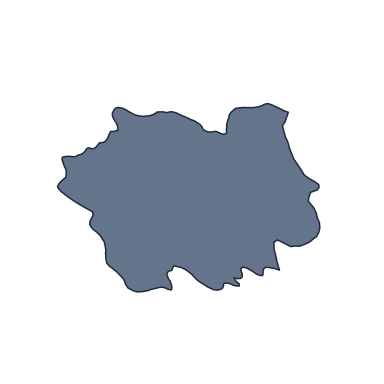 Vietka, Gomel, Belarus (Equal Earth projection), rotated 27°
{"feature_id": "67162791B72598168140482", "entity_name": "Vietka", "entity_type": "district", "adm_level": 2, "iso_a3": "BLR", "parent_name": "Belarus", "parent_adm1": "Gomel", "projection": "equal_earth", "projection_center": [31.254, 52.716], "detail": "fine", "context": "isolated", "style": "filled", "palette": "slate", "viewbox_px": 384, "rotation_deg": 27, "n_neighbors": 0, "source": "geoboundaries", "source_scale": "gbopen_adm2", "svg_char_len": 2954}
<svg xmlns="http://www.w3.org/2000/svg" viewBox="0 0 384 384"><g transform="rotate(27 192 192)"><path d="M305.3,221.9L305.2,221.7L299.3,215.5L296.0,211.2L291.4,206.0L287.8,199.8L289.8,196.0L293.0,195.8L298.9,195.8L304.8,195.8L308.4,193.3L312.4,191.5L317.0,186.5L319.6,183.0L321.2,179.1L323.2,175.3L323.2,170.1L322.2,165.9L319.5,161.6L314.9,157.6L312.3,154.4L307.4,150.7L299.8,147.4L298.5,143.7L297.8,138.5L302.7,133.3L303.1,130.1L301.4,127.8L296.5,127.1L289.6,126.8L284.1,125.8L279.8,123.1L274.2,119.9L267.7,116.4L259.5,109.2L254.5,103.8L250.3,100.6L245.7,95.6L242.4,91.6L243.1,87.2L242.4,83.2L242.1,80.0L241.6,77.3L237.1,77.8L234.6,77.8L231.8,77.8L227.8,78.0L223.5,78.1L220.2,78.6L218.2,79.6L216.3,81.5L215.1,83.4L214.0,84.5L211.5,86.8L207.9,89.2L203.6,91.4L199.6,93.3L195.8,95.6L192.8,97.8L191.8,100.1L190.5,103.6L190.3,106.6L191.1,109.4L191.5,112.9L192.4,116.4L193.5,118.5L194.3,120.8L196.0,123.3L195.4,124.9L193.7,126.4L190.1,126.9L186.2,127.0L184.5,127.8L182.4,129.6L179.0,131.2L176.1,131.5L173.1,131.0L171.2,129.3L168.4,128.2L162.1,127.5L157.8,128.0L155.1,128.0L151.0,128.2L146.4,128.6L142.3,128.6L138.5,129.4L136.2,130.4L134.1,132.3L133.2,132.8L129.6,133.8L124.7,136.5L122.8,140.0L120.1,142.9L115.0,146.3L110.9,148.1L105.8,149.2L99.3,149.1L95.2,148.7L92.0,148.9L87.6,150.3L85.5,152.4L85.2,154.8L85.2,157.9L86.7,160.5L89.7,162.9L93.1,164.8L96.5,167.9L97.9,170.5L95.0,173.5L92.0,175.0L92.0,178.9L92.4,182.1L92.0,185.6L90.3,188.4L89.3,188.9L87.3,190.0L85.8,196.5L84.1,198.7L80.0,199.5L78.7,200.7L78.1,203.5L77.9,205.8L76.2,208.7L73.9,210.8L71.7,213.8L65.9,216.2L62.6,218.2L60.8,219.8L61.2,221.6L63.5,224.1L66.9,227.3L69.5,229.2L70.9,231.2L72.4,234.6L72.8,236.2L70.3,242.3L69.7,245.3L69.7,248.3L71.9,249.7L72.3,250.0L76.3,251.3L79.1,251.7L83.3,252.6L89.5,253.4L94.0,253.9L99.7,254.3L105.4,254.6L109.3,254.6L112.5,254.9L114.4,257.3L114.4,260.8L114.4,264.3L115.4,267.1L118.0,269.0L120.9,270.2L125.2,271.0L129.9,272.4L132.6,274.1L136.5,276.3L138.8,279.1L141.8,283.2L142.8,285.9L145.8,290.8L148.1,293.9L151.8,295.5L156.9,296.4L161.8,297.5L167.7,299.6L170.5,300.6L173.0,302.7L174.9,304.5L179.0,306.7L182.1,306.6L184.7,306.6L188.6,305.9L193.8,302.8L197.5,299.9L199.5,297.6L203.2,294.5L207.2,291.0L211.0,289.7L214.5,289.6L218.0,288.7L217.8,286.9L217.0,285.4L213.3,281.5L210.4,280.0L207.3,277.1L206.5,275.2L207.3,273.1L209.6,270.9L209.3,268.7L209.2,266.1L212.6,265.2L216.9,264.1L221.8,264.1L225.4,264.7L229.7,265.6L233.0,266.9L236.1,268.0L240.4,268.7L245.0,269.0L249.2,269.5L255.2,269.3L259.0,268.0L261.7,265.9L262.9,263.4L262.7,261.5L261.8,259.2L264.0,257.4L267.4,256.5L271.9,256.3L276.7,254.4L275.7,252.4L271.5,251.5L268.5,249.4L271.9,248.6L274.5,247.0L275.2,245.5L275.0,243.9L273.4,241.6L271.1,239.6L270.5,237.5L271.7,235.7L275.4,234.9L278.8,235.0L282.9,235.3L287.0,235.9L290.4,235.6L292.7,234.4L292.7,233.2L291.2,230.2L290.8,227.5L292.3,225.2L295.8,224.1L300.3,222.7L303.5,222.2L305.3,221.9Z" fill="#64748b" stroke="#1e293b" stroke-width="1.5"/></g></svg>